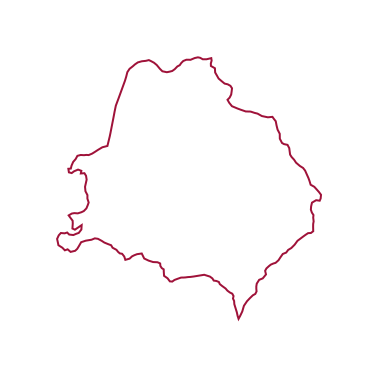 the district of Araras, São Paulo, Brazil, rotated 215°
{"feature_id": "56859067B145693711975", "entity_name": "Araras", "entity_type": "district", "adm_level": 2, "iso_a3": "BRA", "parent_name": "Brazil", "parent_adm1": "São Paulo", "projection": "mercator", "projection_center": [-47.322, -22.335], "detail": "fine", "context": "isolated", "style": "outline", "palette": "rose", "viewbox_px": 384, "rotation_deg": 215, "n_neighbors": 0, "source": "geoboundaries", "source_scale": "gbopen_adm2", "svg_char_len": 3198}
<svg xmlns="http://www.w3.org/2000/svg" viewBox="0 0 384 384"><g transform="rotate(215 192 192)"><path d="M275.9,83.2L276.3,80.1L275.6,76.2L273.0,73.8L270.9,71.8L266.2,72.0L262.7,71.3L261.0,73.7L257.1,73.3L254.0,76.8L253.4,79.6L253.6,82.7L254.0,87.3L251.1,91.2L246.9,95.3L245.0,98.3L242.2,99.7L237.9,100.2L234.8,100.3L230.8,101.2L227.7,102.0L225.1,100.8L220.7,101.3L218.4,100.6L216.0,100.3L213.8,101.3L210.5,100.3L207.7,98.2L204.9,101.6L204.2,104.9L203.0,107.1L201.4,109.5L197.9,112.8L193.0,110.1L188.2,110.9L183.7,112.3L179.9,114.7L177.1,115.2L175.5,113.3L173.1,112.3L170.8,112.4L169.3,110.4L166.8,107.3L162.5,107.3L158.9,106.1L156.8,107.3L155.9,109.9L153.9,112.8L151.9,115.6L148.8,117.9L146.5,120.0L144.5,121.6L142.2,123.7L134.5,131.2L128.8,133.0L125.7,132.9L123.4,131.9L121.0,133.1L118.4,133.7L116.4,132.5L113.6,132.3L109.1,132.2L106.5,131.5L103.4,131.4L100.7,131.8L98.3,130.6L97.3,128.2L95.0,126.9L93.0,124.4L90.3,122.3L86.3,119.2L83.6,116.7L81.1,114.8L81.5,118.3L82.3,123.0L83.3,125.9L84.2,128.6L84.3,134.1L83.7,138.2L82.9,142.3L81.7,144.8L82.1,147.6L83.8,149.6L85.2,151.6L86.4,154.1L86.6,158.6L84.5,161.8L84.1,166.9L86.9,169.4L87.2,172.1L86.5,175.3L85.8,177.7L84.4,180.0L82.9,181.9L82.0,185.7L82.1,189.3L82.1,193.3L80.1,196.4L80.0,199.7L78.5,203.1L77.7,207.7L77.6,212.5L75.4,219.2L74.4,222.1L73.3,224.9L71.1,226.6L70.2,229.4L72.7,232.8L74.4,235.3L75.5,237.7L78.0,240.5L79.3,242.8L82.0,243.9L84.5,245.7L86.2,248.6L87.6,252.1L85.6,256.5L82.4,258.1L82.9,260.5L84.7,263.7L88.0,264.8L91.3,265.6L94.8,266.4L99.0,266.0L102.3,268.6L104.6,270.2L107.6,272.0L111.6,274.4L114.8,275.4L118.6,275.2L123.6,275.7L126.9,277.0L130.5,277.8L133.1,278.9L137.5,283.7L140.8,285.4L144.1,284.0L146.4,283.8L150.6,286.0L153.5,290.0L157.7,292.2L160.9,295.0L164.0,298.0L167.0,298.9L169.2,299.7L172.7,296.7L178.3,294.3L183.3,293.8L186.1,292.7L190.1,291.5L194.2,288.8L199.1,287.4L202.5,286.5L208.5,285.2L212.6,286.4L215.8,287.9L215.3,290.9L215.8,294.3L217.3,297.3L218.7,299.9L221.4,301.0L224.5,300.7L227.5,299.5L231.3,299.8L235.3,300.2L237.8,301.4L241.6,303.2L244.2,306.5L248.8,306.1L250.3,308.1L251.3,310.9L253.0,312.7L256.2,309.1L259.3,306.9L262.3,306.6L264.4,305.7L266.6,303.3L269.0,299.5L272.5,297.1L274.3,294.3L274.8,291.5L274.8,288.8L276.0,286.5L276.6,282.7L277.6,279.8L279.3,277.8L281.3,275.7L285.5,273.9L289.0,274.5L293.7,275.8L297.3,276.1L300.7,275.7L303.0,275.3L305.0,273.0L308.1,270.3L310.7,267.1L311.9,263.9L312.6,261.0L313.8,257.1L313.7,253.1L312.0,248.6L310.7,244.6L305.9,226.7L303.9,219.0L301.4,213.2L300.4,211.0L299.0,207.9L292.7,193.7L291.2,190.2L287.7,181.2L291.1,177.2L293.2,172.5L294.6,169.0L295.8,166.2L297.8,163.0L299.8,161.8L301.6,160.2L304.4,158.5L306.6,155.9L306.2,152.2L306.6,148.5L305.8,144.5L304.7,141.7L306.6,140.1L304.1,137.5L301.4,138.5L300.5,141.3L298.2,145.0L294.8,145.9L293.7,143.4L290.9,145.7L288.1,144.5L285.4,141.7L282.6,134.9L279.7,131.5L275.9,129.5L273.9,126.6L270.6,124.1L269.8,121.2L269.1,118.0L269.7,114.3L271.0,112.0L273.3,109.0L276.3,107.2L278.1,105.4L279.6,102.1L277.3,101.3L273.3,100.0L271.6,97.8L269.0,93.5L266.3,94.0L263.4,101.6L261.1,97.8L261.3,93.5L262.7,91.6L264.5,88.7L268.2,86.7L271.0,87.2L272.6,85.1L275.9,83.2Z" fill="none" stroke="#9f1239" stroke-width="2"/></g></svg>